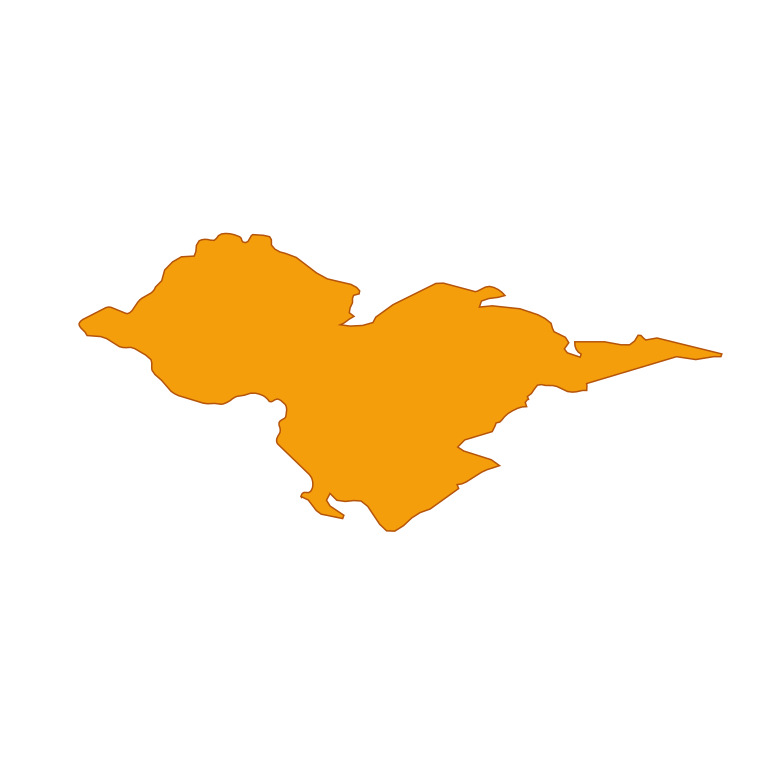 Clare, Robinson projection, rotated 200°
{"feature_id": "IRL-76", "entity_name": "Clare", "entity_type": "County", "adm_level": 1, "iso_a3": "IRL", "parent_name": "Ireland", "parent_adm1": "", "projection": "robinson", "projection_center": [-8.993, 52.861], "detail": "fine", "context": "isolated", "style": "filled", "palette": "amber", "viewbox_px": 768, "rotation_deg": 200, "n_neighbors": 0, "source": "natural_earth", "source_scale": "10m", "svg_char_len": 3455}
<svg xmlns="http://www.w3.org/2000/svg" viewBox="0 0 768 768"><g transform="rotate(200 384 384)"><path d="M516.4,473.0L509.7,472.9L485.5,465.3L473.3,463.4L449.1,466.3L442.8,465.4L438.7,463.2L438.2,460.2L442.9,456.9L442.9,453.7L441.4,449.6L441.9,444.0L441.0,439.1L435.3,437.3L438.5,433.5L442.6,427.4L445.4,424.7L435.7,426.8L424.1,431.7L415.4,438.0L414.6,444.0L402.6,461.7L369.7,496.2L362.7,499.1L329.7,502.0L327.8,503.4L321.9,509.7L318.2,511.8L313.6,512.3L308.9,511.8L304.5,510.5L300.6,508.5L306.5,504.4L314.7,500.2L320.8,495.3L320.7,488.9L309.0,494.5L281.9,501.2L263.0,501.7L255.0,500.6L247.8,498.2L244.8,494.0L242.2,491.3L229.5,489.9L224.5,486.0L226.5,478.6L222.4,476.0L208.9,476.3L208.9,479.5L212.3,480.4L215.3,482.4L217.6,485.2L219.2,488.9L191.1,499.1L174.7,501.9L166.6,504.8L163.2,510.1L161.9,516.7L159.1,517.5L155.7,515.8L153.1,514.9L143.2,520.6L76.8,527.8L76.8,524.9L83.5,522.5L99.4,513.6L118.5,509.7L193.8,453.7L192.8,452.0L191.3,447.3L195.3,445.8L200.7,442.4L204.2,440.8L209.0,439.7L220.6,440.8L224.8,440.3L231.7,437.9L235.8,437.3L239.4,435.4L240.9,430.9L242.2,425.6L245.0,421.2L243.0,419.2L242.9,419.0L243.9,418.3L245.0,415.0L242.2,411.5L246.2,409.8L250.2,406.8L254.0,402.9L257.4,398.6L259.6,394.4L260.8,390.8L262.2,387.8L265.3,385.8L265.3,382.5L266.0,376.3L289.0,359.1L293.2,350.0L286.2,348.3L257.2,349.5L247.5,346.8L257.9,338.7L262.3,334.3L273.3,320.0L276.8,316.7L280.9,314.5L278.1,311.3L297.9,282.3L306.0,275.6L312.1,267.7L317.2,257.6L323.6,249.4L331.4,246.9L340.2,250.8L357.5,263.5L365.6,266.2L372.6,264.1L380.2,260.4L388.5,258.6L397.3,262.7L398.3,255.1L393.0,250.9L376.8,246.9L376.8,243.4L398.5,240.2L404.3,241.9L415.5,249.1L422.7,249.8L422.7,249.3L423.7,249.9L423.5,252.7L423.0,253.7L422.0,254.8L421.1,255.1L417.9,256.1L416.8,257.2L416.0,258.8L415.8,260.6L415.8,262.5L416.2,264.4L416.8,266.0L417.5,267.6L418.4,269.0L419.4,270.4L420.6,271.6L423.2,273.4L463.2,291.2L464.6,292.3L465.5,293.8L466.0,295.5L466.0,297.4L465.8,299.2L465.4,301.0L465.2,302.9L465.5,304.6L466.2,306.3L467.1,307.7L468.3,309.0L469.0,310.5L469.4,312.1L469.0,313.6L468.1,315.0L466.0,317.4L465.5,318.2L465.3,318.8L465.2,319.7L465.4,321.2L466.6,326.4L467.3,327.9L468.2,329.4L469.6,330.9L475.2,333.2L477.0,333.5L479.0,333.5L481.4,331.6L482.6,329.9L484.0,328.7L485.8,328.4L488.4,330.0L490.9,331.1L493.9,331.8L498.1,331.8L501.6,331.4L506.2,329.7L511.4,325.7L517.7,322.2L519.1,321.1L521.3,318.4L522.3,316.7L523.2,315.4L525.5,312.7L528.2,310.3L530.1,309.3L536.6,307.8L542.8,305.2L547.0,304.2L573.2,302.8L577.7,303.3L581.6,304.3L594.1,311.3L602.5,314.6L606.6,317.5L607.4,318.9L608.3,321.2L609.4,324.4L611.3,327.2L617.8,329.7L630.4,332.0L634.6,331.8L638.6,330.0L641.8,329.0L645.3,328.6L660.1,331.8L666.3,331.7L679.6,328.0L682.5,330.4L687.9,332.9L689.3,333.9L690.6,335.1L691.2,336.6L690.7,339.0L689.1,341.6L671.4,360.7L669.0,362.2L666.8,362.7L651.5,362.1L649.3,362.3L647.3,364.0L645.8,366.9L643.4,376.5L642.2,379.6L640.6,382.1L633.9,390.0L632.9,391.9L632.1,394.3L631.9,396.9L628.2,405.0L629.1,416.1L624.4,426.5L617.9,434.2L606.1,439.3L606.1,444.2L607.7,450.1L606.7,455.3L604.6,457.2L602.0,458.6L599.1,459.5L596.4,459.8L592.7,460.9L591.2,463.6L590.3,466.8L587.9,469.5L584.3,471.3L580.2,472.5L575.5,473.1L570.0,473.0L568.0,472.1L566.8,470.4L565.3,469.2L562.4,469.5L560.5,471.6L559.4,478.1L558.4,479.5L548.1,482.5L541.9,483.3L539.2,481.1L537.3,476.1L532.7,473.4L526.9,472.5L521.3,473.0L521.2,473.0L520.9,473.0L516.4,473.0Z" fill="#f59e0b" stroke="#b45309" stroke-width="1.5"/></g></svg>